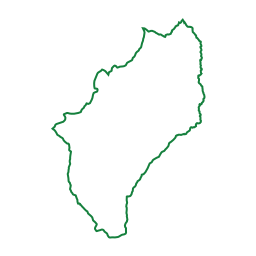 Fómeque, Cundinamarca, Colombia, rotated 182°
{"feature_id": "7082276B76169675802972", "entity_name": "Fómeque", "entity_type": "district", "adm_level": 2, "iso_a3": "COL", "parent_name": "Colombia", "parent_adm1": "Cundinamarca", "projection": "natural_earth1", "projection_center": [-73.835, 4.535], "detail": "fine", "context": "isolated", "style": "outline", "palette": "green", "viewbox_px": 256, "rotation_deg": 182, "n_neighbors": 0, "source": "geoboundaries", "source_scale": "gbopen_adm2", "svg_char_len": 5790}
<svg xmlns="http://www.w3.org/2000/svg" viewBox="0 0 256 256"><g transform="rotate(182 128 128)"><path d="M126.3,23.3L126.5,26.2L126.5,27.8L127.5,29.2L127.5,30.0L127.7,30.5L127.3,32.0L126.8,33.1L125.8,34.5L125.7,35.7L125.4,36.2L125.8,38.4L126.1,39.6L126.0,40.9L126.6,43.0L126.4,46.5L126.5,48.3L127.0,49.4L126.8,51.5L126.4,52.6L126.3,53.5L126.8,55.8L126.8,59.4L126.5,59.6L125.1,59.6L123.6,60.0L123.1,60.4L122.2,61.8L121.7,64.1L121.1,65.1L120.9,67.7L120.6,68.2L120.3,68.7L119.0,69.7L118.6,70.3L118.2,71.1L117.8,72.9L117.0,73.9L116.6,75.1L114.7,76.5L114.1,77.3L113.6,78.8L112.8,80.3L112.6,81.8L111.2,82.3L110.9,82.3L109.1,84.4L107.0,88.4L105.1,93.3L104.4,93.8L103.4,94.4L102.8,95.1L102.2,96.5L101.4,97.3L98.4,99.2L96.1,100.3L94.7,103.1L93.7,104.8L93.0,105.4L91.1,106.3L90.6,106.8L90.0,107.8L88.8,109.0L87.1,111.2L86.7,112.6L86.4,114.2L85.9,114.5L85.7,114.9L84.6,115.6L82.2,117.8L80.5,119.8L80.1,120.5L80.0,121.2L79.7,121.9L79.0,122.2L78.6,122.6L78.1,122.5L77.4,123.0L75.7,123.1L74.8,122.9L72.5,123.8L71.8,124.0L71.7,123.7L70.9,123.7L69.6,124.2L69.0,125.6L66.2,127.7L65.7,130.2L65.1,130.9L64.7,131.0L63.7,130.6L63.4,130.6L63.1,130.9L62.7,131.1L61.8,131.0L60.5,131.9L60.4,132.2L60.1,132.3L60.3,133.6L60.0,134.5L59.5,135.0L59.1,135.3L58.4,135.0L56.9,135.2L56.3,135.5L55.4,136.7L55.5,137.0L55.4,137.9L55.9,138.6L56.0,139.0L55.9,139.5L56.0,141.6L56.2,142.0L56.6,142.3L56.6,142.6L55.9,143.3L55.8,143.8L56.0,144.3L56.8,145.0L57.0,145.5L57.1,147.1L57.9,147.9L57.8,149.7L58.1,151.1L58.0,151.4L57.4,152.3L57.3,152.9L57.1,153.0L57.4,153.6L57.4,154.0L57.1,154.4L56.2,154.2L55.5,154.3L55.2,154.8L55.1,155.7L54.0,156.7L53.8,157.4L53.5,157.6L53.4,158.2L53.7,159.5L53.4,160.0L52.9,160.3L52.6,161.6L52.7,162.3L52.9,162.9L52.9,163.5L53.8,165.1L53.9,166.0L54.3,166.6L54.7,167.8L54.8,169.6L55.0,170.3L55.2,172.1L55.5,172.4L56.1,172.7L57.0,174.2L58.5,175.3L58.8,175.8L59.0,176.3L58.7,177.7L58.7,179.3L58.9,179.8L59.6,180.5L59.5,181.6L59.6,182.3L59.5,182.8L59.2,183.0L58.4,182.9L58.0,183.4L57.2,183.9L56.5,184.9L56.8,185.1L57.1,186.3L57.3,187.9L57.1,188.5L56.9,188.7L56.5,188.7L56.3,189.3L56.5,189.9L56.7,190.1L57.3,190.4L57.6,191.0L57.6,192.1L57.3,193.1L57.8,194.0L57.9,194.6L57.7,195.4L58.2,198.0L58.2,198.4L58.0,198.7L57.3,198.6L56.7,200.3L56.6,200.8L56.9,201.5L57.5,202.3L57.5,202.6L57.2,203.4L57.2,204.2L57.4,205.0L58.2,206.3L58.1,207.0L57.4,208.1L57.3,208.5L57.7,209.8L58.3,210.8L58.5,211.5L58.3,211.8L57.7,212.0L57.5,212.4L57.7,213.4L58.5,214.8L58.4,216.1L58.2,216.4L58.3,216.8L58.7,216.9L59.1,217.3L59.5,217.4L59.8,217.6L60.5,218.7L62.1,220.5L62.7,220.6L63.1,221.6L63.1,222.4L63.3,223.0L64.1,223.5L64.8,224.6L66.6,226.2L67.0,228.5L66.8,229.2L67.2,230.4L68.4,231.1L69.3,231.1L69.5,231.3L69.9,231.3L71.5,231.2L72.3,231.6L73.8,233.4L73.9,233.9L75.1,235.6L75.5,235.2L75.9,236.3L77.1,238.1L78.3,236.7L78.5,235.7L79.2,235.0L79.6,234.8L80.7,235.3L80.9,234.3L81.4,233.2L81.4,232.7L81.7,232.3L82.0,232.1L83.1,231.9L83.5,231.4L84.0,231.2L84.4,230.1L84.9,229.6L85.6,228.5L87.3,227.2L87.6,226.4L87.4,225.8L88.1,225.0L88.6,223.6L90.5,222.8L91.5,223.0L93.0,222.5L93.6,222.1L93.8,220.7L94.1,220.3L95.1,220.6L95.8,221.1L96.8,221.5L97.9,222.3L98.6,222.6L99.7,222.6L100.1,222.4L100.4,222.5L102.5,223.7L103.3,224.0L104.6,225.0L107.1,225.9L108.4,225.9L110.6,225.1L110.9,225.1L112.9,226.8L114.9,228.1L116.6,228.2L115.2,225.5L114.8,224.0L115.3,219.4L115.9,217.6L116.0,216.3L116.2,215.4L116.9,213.4L117.7,209.3L118.3,208.4L119.4,207.4L119.8,206.3L120.3,205.5L121.7,204.4L122.8,203.0L123.3,201.4L124.0,199.8L124.3,199.4L125.6,198.3L126.2,196.2L126.7,195.7L127.6,195.2L130.8,193.4L131.3,192.9L132.4,190.6L134.0,189.7L135.2,189.4L138.3,189.0L139.5,188.4L140.8,188.0L141.7,188.8L142.0,189.3L142.8,189.7L143.4,189.9L144.2,189.5L146.0,187.5L146.3,186.2L146.3,185.2L146.5,184.5L147.4,183.9L148.7,183.3L149.0,182.8L149.5,180.6L152.6,184.0L154.4,185.0L155.9,185.5L157.2,184.0L158.4,183.3L159.9,182.2L160.5,181.3L163.2,173.9L163.4,171.6L163.2,168.6L162.9,167.1L162.7,166.5L162.3,166.3L160.6,166.2L160.1,166.0L159.8,165.5L159.8,164.4L160.1,163.5L160.4,163.2L162.1,162.6L163.5,161.8L164.1,160.0L164.6,156.8L165.4,154.6L166.9,151.5L168.4,150.7L169.3,150.8L170.1,151.2L170.3,151.1L171.2,149.2L172.3,148.2L172.8,146.8L173.2,146.3L174.2,145.5L175.0,144.3L175.3,143.9L175.5,142.6L176.4,142.0L178.2,141.3L182.2,140.4L185.3,140.3L186.7,140.4L188.8,140.9L189.5,140.9L192.5,139.5L192.6,139.1L192.5,138.8L191.3,137.1L190.9,136.0L191.1,134.2L191.6,133.4L192.9,132.0L199.8,129.4L200.8,128.4L201.2,126.9L201.6,126.4L202.4,125.8L202.8,125.2L203.4,124.7L202.7,124.1L201.6,123.5L200.6,122.4L199.5,120.8L198.4,118.8L197.6,118.3L196.2,117.6L195.5,116.9L193.4,115.8L192.7,115.2L191.9,113.5L190.8,112.3L188.5,110.5L188.1,110.3L187.1,110.3L186.4,109.6L185.8,106.3L186.0,104.7L186.0,103.9L185.5,103.3L184.4,102.7L184.2,102.5L184.2,102.0L184.7,98.1L184.8,96.2L184.7,95.0L185.0,94.0L185.1,93.0L185.0,91.8L184.6,90.6L184.6,89.9L185.8,86.7L185.7,85.1L185.9,84.4L186.0,82.2L186.1,81.5L186.5,80.6L186.6,79.8L185.8,75.8L185.5,72.8L185.0,71.9L184.5,71.6L184.2,71.2L184.1,70.6L183.2,68.7L183.4,68.0L183.3,67.6L183.7,65.6L183.7,64.7L182.9,63.4L182.5,62.2L181.4,61.0L180.7,59.8L179.9,59.4L178.0,58.9L177.7,58.4L177.6,57.7L177.2,57.1L176.9,56.1L176.1,54.5L175.9,52.5L175.3,50.7L175.0,50.6L174.2,50.9L173.3,50.5L173.1,50.2L173.1,49.7L172.6,49.5L172.2,49.2L171.2,48.0L169.4,46.3L168.8,45.6L166.8,43.8L165.7,43.2L164.9,41.2L161.7,38.6L160.6,37.4L159.6,34.4L157.4,32.6L155.9,30.9L155.9,30.6L156.2,29.6L157.2,27.7L157.5,26.7L157.4,25.9L156.2,24.2L155.9,23.9L155.5,23.9L153.8,24.5L152.1,25.0L151.0,25.5L150.2,25.6L149.4,25.4L148.8,25.0L147.8,23.6L145.5,22.0L145.0,21.3L144.5,19.9L143.8,18.9L143.2,18.2L142.3,17.9L139.9,18.2L137.2,18.2L134.3,18.7L133.4,19.1L130.6,20.9L129.5,21.3L128.3,21.5L127.3,22.0L126.7,22.4L126.3,23.3Z" fill="none" stroke="#15803d" stroke-width="2"/></g></svg>